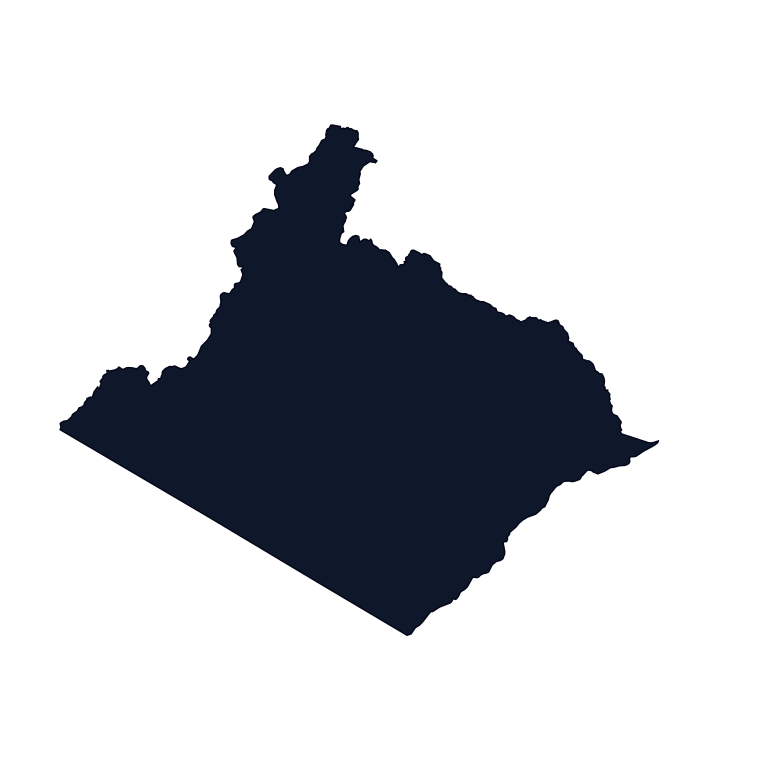 Santana do Araguaia, Pará, Brazil, rotated 27°
{"feature_id": "56859067B41471676463759", "entity_name": "Santana do Araguaia", "entity_type": "district", "adm_level": 2, "iso_a3": "BRA", "parent_name": "Brazil", "parent_adm1": "Pará", "projection": "orthographic", "projection_center": [-50.681, -9.277], "detail": "fine", "context": "isolated", "style": "filled", "palette": "ink", "viewbox_px": 768, "rotation_deg": 27, "n_neighbors": 0, "source": "geoboundaries", "source_scale": "gbopen_adm2", "svg_char_len": 6170}
<svg xmlns="http://www.w3.org/2000/svg" viewBox="0 0 768 768"><g transform="rotate(27 384 384)"><path d="M123.2,543.7L123.0,547.5L120.4,552.4L120.5,555.4L119.0,559.6L118.3,560.6L115.3,562.8L113.8,565.1L113.5,566.3L115.9,569.2L116.2,571.7L288.2,582.1L415.8,590.8L518.6,597.4L521.6,594.3L522.5,586.8L525.0,582.9L526.4,578.4L528.7,566.3L529.5,565.2L530.7,564.6L534.7,557.6L542.4,548.9L543.0,547.6L543.1,543.9L545.5,543.4L546.2,542.4L546.7,538.7L546.5,534.5L549.2,530.2L550.3,526.9L550.7,516.6L551.2,515.6L555.0,514.2L555.8,513.3L556.8,510.2L558.7,507.7L561.0,505.9L562.5,504.1L562.5,495.9L564.6,491.2L567.9,488.2L569.2,485.8L568.7,480.9L567.5,478.3L562.4,471.7L562.4,470.2L564.8,468.6L564.4,465.9L563.3,464.5L564.0,461.0L563.4,459.1L566.5,451.5L567.4,447.0L569.1,442.6L572.2,437.5L578.3,431.0L580.7,424.9L580.9,423.0L582.9,420.4L582.8,412.2L581.9,408.8L582.0,406.0L583.8,397.7L584.8,395.7L586.7,393.5L587.5,390.7L588.7,388.8L593.1,386.3L595.6,385.7L597.8,384.2L600.9,381.0L601.8,379.7L601.9,376.1L602.6,374.7L604.0,369.3L605.0,367.9L607.9,366.9L610.6,367.4L615.4,366.9L620.0,361.6L623.9,355.4L626.2,354.1L630.9,349.9L635.6,347.1L637.3,345.2L638.2,343.6L638.3,342.0L637.8,340.7L636.8,340.1L636.5,337.5L637.5,336.3L639.1,335.7L641.4,333.8L645.4,326.5L652.5,316.2L654.5,312.1L654.2,310.3L650.7,313.8L648.3,315.5L646.0,316.3L618.6,320.6L616.1,319.4L616.5,317.0L615.4,316.5L613.0,313.6L612.9,311.1L612.2,310.0L606.1,306.7L602.2,307.1L599.9,305.9L598.2,303.6L597.1,299.8L594.9,299.2L592.1,296.1L592.4,295.0L590.6,292.9L589.9,290.7L588.7,290.0L587.3,289.8L586.0,287.9L585.1,289.0L583.0,287.9L582.4,286.6L581.3,286.3L580.4,285.1L579.1,281.3L577.0,278.6L574.9,276.9L573.7,276.2L570.9,277.1L568.7,276.2L567.2,276.4L565.9,275.8L561.8,271.9L559.4,270.8L555.7,270.4L554.6,271.4L552.1,271.3L551.1,272.0L549.6,271.6L547.3,268.5L543.3,267.4L540.0,266.0L539.1,265.1L536.7,264.9L534.0,262.0L528.8,262.2L528.0,261.0L527.8,259.5L524.6,255.7L519.7,253.9L517.3,251.9L512.1,251.4L512.4,250.3L510.2,248.7L509.0,248.8L507.6,249.5L504.3,253.3L501.1,256.0L500.3,255.2L499.3,255.7L497.9,255.5L496.9,256.0L494.1,255.7L493.3,257.3L489.7,255.9L485.0,258.2L483.6,258.0L482.0,260.1L481.2,262.9L478.7,265.6L478.2,266.8L475.5,266.3L472.7,266.7L469.0,265.3L465.5,265.4L464.1,265.8L463.6,266.9L462.6,267.7L460.2,268.3L459.5,267.4L456.9,267.3L452.1,268.5L449.3,265.9L446.5,266.4L442.4,265.2L435.0,265.6L433.0,266.8L427.9,267.4L425.4,266.9L423.5,265.8L422.2,266.1L421.0,265.5L419.7,266.4L416.0,266.4L412.6,268.2L408.7,268.9L403.9,267.3L403.0,267.9L399.0,266.6L397.7,267.1L395.3,266.9L394.4,266.0L393.1,266.1L387.0,263.3L384.9,258.3L382.6,257.0L381.8,254.9L380.2,254.4L379.2,251.9L372.4,251.8L366.8,248.9L361.7,249.3L360.2,249.7L359.2,251.7L355.9,251.2L350.6,251.3L349.2,251.5L348.1,252.5L347.6,253.9L348.0,255.6L347.5,257.2L347.7,258.5L347.4,259.7L346.3,260.9L346.2,262.1L348.1,265.1L346.6,265.8L347.5,266.9L347.4,268.1L346.8,269.2L344.5,270.4L343.8,272.8L342.6,273.0L340.9,271.2L335.8,268.1L334.6,268.1L329.0,264.6L324.4,264.2L323.2,264.9L320.7,265.6L319.6,266.7L315.8,265.3L311.8,265.2L309.7,264.2L307.8,261.8L306.4,261.2L306.0,262.6L305.2,263.5L304.1,263.1L301.8,263.4L300.4,264.2L298.9,267.0L297.7,268.3L294.4,264.0L291.5,264.5L289.1,266.8L287.8,270.1L287.3,273.2L288.0,276.2L287.5,277.5L283.5,278.6L281.1,278.3L279.8,277.5L278.5,274.8L277.5,269.1L278.9,266.6L275.5,261.7L275.3,257.9L275.6,256.4L275.1,255.4L274.9,252.8L273.1,251.1L271.6,250.6L271.1,249.6L272.0,247.2L274.2,245.9L275.0,244.2L275.3,237.9L274.5,237.1L274.5,233.2L268.4,231.9L268.4,229.6L272.2,223.3L272.4,222.1L271.0,220.0L271.1,216.5L268.6,213.2L267.4,207.6L265.9,205.7L266.6,199.0L269.9,193.2L271.0,191.9L273.6,191.4L274.5,190.7L276.0,190.7L276.3,188.4L271.7,187.9L270.8,187.0L270.8,185.9L270.0,185.0L269.2,184.3L266.5,183.5L261.9,184.0L259.7,185.1L258.5,184.8L249.0,186.9L248.8,185.8L249.4,184.7L249.4,182.2L250.2,177.7L248.7,175.8L247.0,172.1L244.8,170.6L244.0,171.7L242.9,171.4L240.7,171.8L239.4,171.4L236.8,172.3L235.5,171.9L234.5,172.5L234.1,174.0L231.5,174.6L230.8,175.8L229.5,176.0L228.2,174.4L220.3,176.8L219.1,177.6L219.1,180.9L218.0,182.3L217.8,184.0L219.2,188.7L220.2,189.6L220.4,192.3L219.7,193.6L218.6,194.4L218.0,195.9L218.0,201.0L217.3,203.8L217.7,206.6L216.6,209.9L215.1,211.9L214.4,215.0L216.9,219.8L216.4,222.7L213.0,227.1L209.2,230.1L205.7,235.4L205.1,236.8L205.1,239.2L203.9,241.3L202.5,242.3L201.2,242.1L197.4,239.4L196.3,238.1L193.4,238.4L190.8,241.1L189.9,242.8L187.5,250.6L187.7,251.8L188.6,253.3L189.7,253.8L192.2,253.5L194.1,254.7L196.8,254.8L198.1,255.5L198.7,260.9L200.6,264.8L205.8,269.8L208.6,271.9L210.3,274.4L210.2,275.9L208.1,278.1L207.5,279.4L197.9,282.1L196.9,282.8L196.1,286.8L192.5,291.6L191.6,293.8L191.6,295.0L194.9,298.1L195.6,305.8L193.0,309.8L191.7,314.6L187.3,320.9L183.2,324.8L183.1,326.1L184.1,328.3L186.3,330.0L188.4,329.9L189.9,329.1L190.5,330.2L189.9,332.9L190.3,334.1L195.8,338.2L199.4,344.0L201.8,345.1L205.1,343.6L205.9,344.5L204.9,347.0L208.7,350.6L209.8,357.8L208.9,359.8L205.9,362.1L205.8,363.8L207.3,365.7L206.0,369.1L205.6,373.4L203.4,374.6L200.4,375.1L199.3,375.9L198.2,378.2L198.2,379.6L198.7,380.7L201.4,384.6L202.9,389.9L201.6,393.7L202.2,398.2L201.2,399.2L201.5,401.5L200.5,405.7L200.7,407.2L202.0,408.1L201.6,410.5L202.5,411.7L204.8,412.5L207.4,417.7L206.8,425.3L204.2,433.2L205.0,442.0L204.5,444.5L203.5,447.7L202.5,448.3L199.0,448.0L198.0,448.8L197.6,450.1L197.9,451.1L200.5,451.8L200.0,458.5L197.9,461.2L195.8,462.8L189.3,463.0L187.3,464.9L185.1,465.7L182.3,469.4L181.1,472.9L181.2,474.3L182.3,476.7L182.0,478.0L182.8,480.4L180.7,481.7L181.4,484.2L180.4,485.2L177.3,490.9L176.1,491.5L174.3,489.6L170.7,487.7L169.7,486.5L169.2,485.5L169.4,481.2L168.6,480.4L165.8,480.5L163.7,478.5L161.4,477.5L160.1,477.5L158.5,478.6L157.6,481.3L156.6,482.9L152.7,483.8L149.3,485.2L147.0,486.7L145.4,489.1L143.9,489.8L140.3,489.2L139.4,491.6L137.9,493.7L133.5,497.1L132.3,497.1L131.0,497.8L132.6,499.9L130.4,503.4L130.1,504.8L130.8,506.0L129.9,510.5L132.3,512.5L131.9,514.0L132.7,516.3L131.6,517.1L130.2,516.7L129.3,522.4L130.1,527.9L129.4,528.8L128.2,529.1L126.0,531.8L126.5,533.2L125.7,536.3L126.3,539.1L125.3,541.6L123.2,543.7Z" fill="#0f172a" stroke="#020617" stroke-width="1.5"/></g></svg>